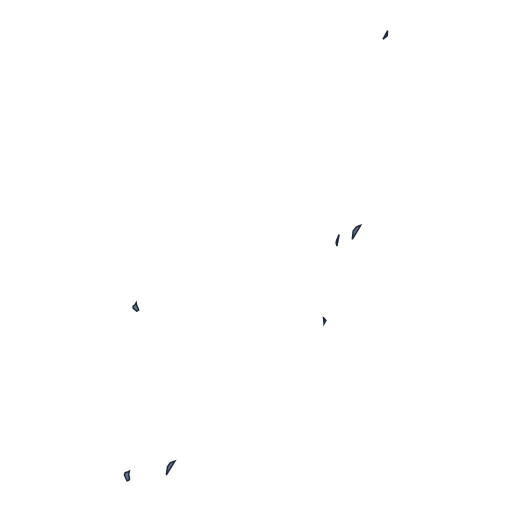 the Atoll of Meemu
{"feature_id": "MDV-5236", "entity_name": "Meemu", "entity_type": "Atoll", "adm_level": 1, "iso_a3": "MDV", "parent_name": "Maldives", "parent_adm1": "", "projection": "equal_earth", "projection_center": [73.465, 2.939], "detail": "fine", "context": "isolated", "style": "filled", "palette": "slate", "viewbox_px": 512, "rotation_deg": 0, "n_neighbors": 0, "source": "natural_earth", "source_scale": "10m", "svg_char_len": 698}
<svg xmlns="http://www.w3.org/2000/svg" viewBox="0 0 512 512"><path d="M360.7,225.3L352.3,239.3L353.2,231.0L356.1,227.3L358.9,225.8L360.7,225.3ZM174.9,461.1L166.3,475.0L167.5,466.8L170.0,463.0L173.1,461.7L174.9,461.1ZM129.4,471.1L128.6,474.6L129.4,477.4L129.4,479.6L127.3,481.2L127.3,481.3L124.4,475.0L125.2,472.6L127.4,472.1L129.4,471.1ZM136.2,302.7L136.8,305.9L138.1,308.3L138.6,310.1L136.7,311.2L133.1,308.2L133.1,306.3L135.0,304.8L136.2,302.7ZM387.6,30.7L387.2,35.8L383.0,39.2L387.6,30.7ZM339.1,234.5L336.9,246.1L336.1,242.9L336.6,240.4L339.1,234.5ZM323.5,317.7L323.7,317.8L325.1,319.5L325.9,320.5L324.0,323.8L324.0,323.0L323.5,317.7Z" fill="#64748b" stroke="#1e293b" stroke-width="1.5"/></svg>